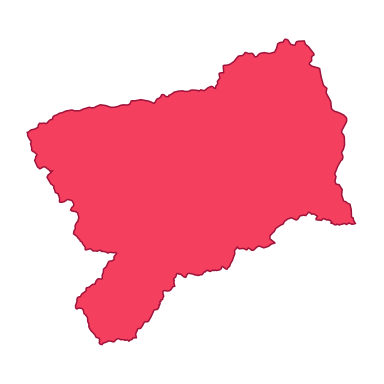 the district of Wiang Haeng, Chiang Mai, Thailand, rotated 267°
{"feature_id": "78962969B7919443073528", "entity_name": "Wiang Haeng", "entity_type": "district", "adm_level": 2, "iso_a3": "THA", "parent_name": "Thailand", "parent_adm1": "Chiang Mai", "projection": "mercator", "projection_center": [98.614, 19.591], "detail": "fine", "context": "isolated", "style": "filled", "palette": "rose", "viewbox_px": 384, "rotation_deg": 267, "n_neighbors": 0, "source": "geoboundaries", "source_scale": "gbopen_adm2", "svg_char_len": 5903}
<svg xmlns="http://www.w3.org/2000/svg" viewBox="0 0 384 384"><g transform="rotate(267 192 192)"><path d="M260.1,30.5L259.0,30.9L256.7,30.9L252.4,32.9L251.8,33.8L250.7,34.1L248.8,33.3L244.7,34.2L242.0,34.1L240.6,35.5L240.2,36.5L237.5,39.1L236.6,38.8L235.6,37.8L234.1,37.6L231.7,36.5L225.2,39.0L223.1,41.3L224.8,44.9L224.9,46.3L221.6,50.4L220.0,51.5L220.3,53.5L217.9,51.2L216.7,49.3L214.3,48.0L207.5,51.5L205.1,54.4L203.2,54.2L200.8,55.1L199.1,55.3L198.5,55.8L197.0,58.5L196.2,58.3L194.3,59.1L191.9,59.4L189.7,59.1L188.9,59.3L188.5,60.9L189.0,63.9L190.9,66.9L191.0,67.7L189.8,71.6L186.6,73.2L185.7,73.3L184.1,72.8L183.0,71.3L180.4,69.8L179.3,71.0L178.5,74.8L177.1,76.6L172.6,77.7L168.4,76.3L167.7,75.3L165.0,73.7L163.8,73.4L161.8,73.6L159.2,72.1L156.4,71.5L153.7,74.8L151.5,76.1L150.7,77.1L148.7,78.0L147.8,79.4L146.2,80.0L142.6,82.4L140.1,82.4L139.7,82.8L140.7,87.7L138.3,90.1L138.2,92.7L137.8,94.2L138.8,96.9L138.6,97.5L137.4,98.4L137.3,100.4L136.5,103.2L135.4,104.7L136.1,107.1L135.4,110.5L135.6,112.5L135.0,113.4L134.6,113.5L132.0,111.1L130.9,110.6L129.2,110.7L128.5,110.5L127.4,108.4L127.2,105.7L126.2,104.7L121.8,102.4L119.6,99.6L116.4,99.2L113.4,97.9L110.5,97.9L109.7,97.1L110.2,94.6L110.1,93.4L108.7,91.9L106.3,90.7L105.3,90.5L104.9,87.8L102.3,84.2L101.8,81.6L100.5,81.0L99.4,81.3L98.5,80.6L96.0,76.7L93.4,75.0L93.1,73.2L92.5,72.1L90.9,71.5L88.4,71.3L84.7,69.8L82.5,69.7L81.4,70.5L81.2,71.0L81.8,72.0L82.0,73.8L81.4,75.9L79.9,77.2L76.0,77.9L75.0,79.2L72.0,81.1L68.2,81.1L65.0,82.2L63.1,81.9L61.7,82.3L58.9,83.8L54.6,87.5L52.1,88.5L50.6,91.7L49.7,92.1L48.6,91.7L47.4,92.0L46.6,91.4L45.5,91.7L44.7,92.8L44.3,94.1L45.7,95.5L46.8,99.3L47.6,100.8L47.3,103.1L46.4,105.6L46.6,106.6L48.3,108.1L49.3,109.9L49.4,111.1L48.3,112.9L48.1,116.2L47.4,117.2L47.7,119.8L46.4,121.1L46.6,121.7L47.3,122.0L47.8,124.3L49.3,125.4L49.4,128.8L53.0,128.3L55.1,129.1L56.3,130.0L57.8,130.3L58.5,131.7L58.3,132.3L58.6,133.6L61.0,135.5L64.1,137.3L64.7,138.2L65.0,138.8L64.7,140.0L65.1,141.7L69.6,144.6L76.0,147.9L76.4,148.8L76.4,150.4L76.7,151.4L78.6,152.9L80.2,153.1L80.5,153.5L81.1,153.3L81.3,153.9L82.3,154.3L84.1,154.1L84.3,155.1L85.6,155.2L86.2,157.0L87.5,157.2L89.4,158.3L93.0,157.6L94.2,157.8L94.9,158.6L95.0,159.4L94.4,162.1L94.5,164.0L95.5,165.8L98.4,167.9L98.8,169.8L103.0,169.1L104.5,169.7L105.8,169.1L106.7,169.6L108.1,171.3L111.2,172.4L111.4,173.7L110.6,174.8L110.6,176.3L107.4,179.8L107.2,181.3L110.4,183.1L110.8,183.8L110.9,184.7L110.0,188.9L108.9,190.7L109.1,191.7L108.4,193.0L108.4,194.6L109.1,196.6L108.8,197.2L109.1,197.9L111.6,200.0L111.5,201.0L112.8,202.1L112.5,202.9L113.1,203.6L113.0,204.2L112.0,204.9L111.7,206.0L112.9,208.8L112.3,209.9L112.8,211.3L112.3,212.5L112.8,215.6L113.8,217.1L116.0,218.1L115.5,219.3L113.6,221.4L113.1,222.9L114.3,223.7L116.0,225.8L118.3,226.6L121.3,228.6L128.2,231.5L131.4,231.4L133.3,233.4L134.4,233.9L134.5,234.4L133.3,235.4L132.7,236.6L133.0,239.0L132.6,241.4L131.6,242.8L131.4,243.5L131.6,244.1L132.9,245.1L133.0,245.5L132.5,246.6L130.8,248.3L130.6,249.8L131.0,250.9L133.4,253.6L134.3,255.3L134.4,256.5L132.5,260.7L132.6,261.3L133.7,265.4L136.0,268.9L136.6,272.0L137.1,272.0L140.9,267.6L142.0,267.3L144.1,267.7L145.2,268.5L148.4,272.1L151.3,273.8L154.2,278.6L155.3,281.4L157.8,282.8L160.2,286.5L160.4,288.3L161.1,289.2L161.1,289.8L158.7,294.3L158.7,295.0L159.6,296.5L162.5,298.6L163.0,302.5L162.5,304.4L165.5,307.2L165.6,308.0L163.5,310.5L163.8,312.5L161.4,315.8L160.7,315.9L158.9,314.4L157.8,314.6L156.9,319.8L158.5,321.6L158.5,322.0L156.9,325.4L157.3,326.9L156.5,327.5L156.3,328.6L155.5,329.5L154.8,329.8L154.1,329.2L153.5,329.3L153.3,330.8L151.8,332.8L151.7,334.3L152.3,335.3L151.3,337.4L151.7,338.2L152.0,340.4L152.6,342.2L152.1,343.8L151.4,344.5L152.8,347.2L151.4,350.0L151.6,352.3L152.0,353.5L155.4,351.8L157.7,351.6L158.6,350.0L166.1,350.1L171.5,349.1L172.7,346.7L174.4,344.9L174.8,343.2L175.2,342.9L181.3,341.3L186.6,342.1L191.6,339.2L192.3,336.4L194.9,335.3L199.9,336.6L202.2,335.5L202.9,335.6L210.3,339.0L215.5,342.3L216.4,343.7L218.0,344.4L220.0,344.5L222.3,343.7L223.8,343.5L226.7,345.4L231.0,346.8L238.8,347.0L241.2,346.3L243.0,344.8L244.4,344.6L245.9,345.1L253.8,349.8L255.2,350.2L257.6,350.2L258.8,349.5L260.9,347.5L263.6,342.8L265.1,338.8L265.9,337.4L268.1,335.6L275.1,335.3L283.6,331.3L284.6,331.2L288.5,332.1L290.9,329.5L292.3,328.7L299.9,327.0L308.5,325.9L309.2,324.9L311.4,318.3L313.5,315.8L314.4,316.0L315.6,316.9L316.6,318.3L320.5,318.5L321.6,319.4L322.3,320.9L323.6,321.0L330.9,316.0L333.6,313.0L337.0,312.0L337.0,306.1L336.6,304.3L335.4,303.4L333.4,302.7L333.2,301.6L334.2,298.6L335.3,297.6L338.5,296.0L339.4,294.6L339.7,293.0L339.2,292.3L336.7,290.5L336.8,287.9L335.6,285.4L330.7,283.8L327.4,281.8L326.2,276.6L327.4,271.7L327.0,267.9L325.9,265.6L324.5,264.6L323.7,263.3L323.8,261.9L326.6,260.2L327.4,259.0L327.3,255.7L328.4,253.3L328.5,252.3L326.4,250.7L325.6,249.2L325.4,246.0L324.9,245.0L320.1,240.7L317.7,236.9L316.9,234.0L316.8,230.5L316.3,229.8L309.7,229.9L309.3,229.5L309.6,228.1L309.4,226.2L308.8,225.2L304.2,225.7L301.2,223.1L298.8,223.4L296.4,221.3L294.3,220.9L294.6,219.6L295.9,218.3L296.5,216.9L295.4,213.7L292.5,209.6L293.6,206.2L292.5,204.2L293.2,202.8L293.8,198.3L293.7,195.9L292.7,194.1L292.8,190.2L293.5,188.2L293.5,184.0L292.6,179.4L290.6,176.4L289.7,173.9L288.7,173.7L288.4,173.1L288.8,170.6L290.3,169.4L290.9,167.6L290.6,166.7L288.6,165.6L287.4,164.2L287.0,162.5L286.2,161.5L282.4,159.0L284.9,153.9L286.9,145.8L286.1,140.3L286.3,136.8L286.0,136.0L283.3,134.7L282.3,132.6L282.6,127.4L282.3,125.2L281.2,122.1L280.7,118.4L280.8,115.5L282.9,110.2L283.9,105.0L282.3,100.5L281.4,99.1L281.3,96.1L282.0,93.8L280.3,87.0L279.1,84.5L279.1,79.4L280.2,76.4L279.5,70.3L277.9,66.3L277.7,64.0L276.0,60.9L275.5,58.6L274.4,57.2L271.8,56.4L271.8,54.9L271.0,53.4L268.2,50.5L268.0,49.9L268.6,47.5L268.3,45.3L268.7,43.5L267.3,42.2L264.6,41.5L263.0,38.0L262.5,34.5L260.5,31.9L260.1,30.5Z" fill="#f43f5e" stroke="#9f1239" stroke-width="1.5"/></g></svg>